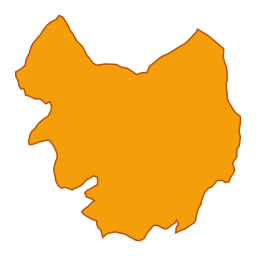 the district of Icém, São Paulo, Brazil
{"feature_id": "56859067B31736587955122", "entity_name": "Icém", "entity_type": "district", "adm_level": 2, "iso_a3": "BRA", "parent_name": "Brazil", "parent_adm1": "São Paulo", "projection": "albers", "projection_center": [-49.2, -20.366], "detail": "fine", "context": "isolated", "style": "filled", "palette": "amber", "viewbox_px": 256, "rotation_deg": 0, "n_neighbors": 0, "source": "geoboundaries", "source_scale": "gbopen_adm2", "svg_char_len": 2343}
<svg xmlns="http://www.w3.org/2000/svg" viewBox="0 0 256 256"><path d="M62.9,17.2L59.1,15.4L56.1,19.4L50.6,22.3L47.0,25.2L43.8,29.5L40.4,34.6L37.7,37.7L35.5,40.4L33.3,42.9L30.9,47.2L29.4,53.0L27.7,56.1L26.1,59.7L25.0,65.7L20.4,69.3L15.6,72.0L15.9,76.8L18.4,81.3L18.9,85.5L20.8,88.9L23.6,88.5L25.0,92.3L25.6,95.2L28.7,95.9L32.0,97.3L35.3,99.0L38.9,98.6L42.7,100.7L45.7,103.8L49.7,101.9L51.7,106.1L50.9,110.6L48.1,116.0L43.7,119.0L40.0,122.1L36.9,125.5L35.1,128.4L31.7,131.5L30.0,134.7L29.3,138.1L28.5,141.5L29.5,144.8L33.1,144.2L39.1,142.0L45.2,140.6L48.8,139.9L51.8,143.5L54.2,146.9L55.5,149.8L56.9,153.2L57.3,157.2L55.8,161.1L54.6,165.3L53.7,169.7L55.1,176.1L55.9,181.1L57.9,185.2L61.4,188.1L65.0,187.3L68.3,188.4L72.0,189.9L74.8,188.3L78.0,187.1L81.0,185.6L83.7,182.9L86.3,180.1L90.4,177.7L93.6,175.8L97.4,177.2L97.6,181.1L97.5,184.7L94.3,186.4L90.7,188.6L87.4,190.3L84.8,192.8L86.5,197.0L91.2,198.6L94.5,200.9L91.2,203.1L88.6,206.0L84.5,209.0L81.6,211.6L84.0,214.5L87.0,216.4L90.4,218.5L93.6,219.8L96.6,220.9L96.9,224.6L98.3,228.0L100.8,230.1L101.7,233.1L102.7,237.4L107.1,233.7L112.1,232.3L115.8,231.9L118.9,232.9L122.5,233.4L125.9,234.5L130.0,237.0L136.3,240.4L140.1,240.6L144.5,238.1L146.7,233.6L149.8,229.7L153.8,225.3L157.7,225.5L162.7,228.0L166.0,229.0L169.4,227.1L172.2,224.7L174.7,223.2L176.3,220.2L178.6,223.7L176.2,227.9L175.7,232.9L181.5,230.1L185.1,229.0L189.3,225.8L193.6,223.2L195.6,220.5L196.1,216.4L197.3,212.0L198.8,207.7L200.8,204.5L201.8,200.1L203.1,196.2L204.7,192.5L208.1,188.3L211.4,187.1L213.6,184.8L217.0,180.7L222.5,180.3L225.2,182.5L229.0,181.6L230.6,177.3L232.9,174.0L234.7,170.3L232.6,162.8L234.7,159.8L236.7,157.2L236.8,154.2L236.9,149.3L239.3,145.6L240.4,136.9L239.0,131.3L240.4,122.7L240.4,116.4L235.3,112.6L232.7,108.7L229.2,102.9L227.2,98.2L227.1,92.9L226.4,88.5L226.1,83.3L227.2,80.1L227.1,74.2L226.8,70.0L226.2,66.3L224.5,62.1L223.1,56.6L223.6,52.5L223.6,48.5L220.3,46.0L217.7,43.6L214.6,41.0L210.9,37.8L207.2,35.1L197.6,29.2L196.0,32.3L188.9,39.9L184.8,43.7L180.8,45.9L168.1,53.8L163.5,55.6L160.5,57.5L149.5,66.3L147.0,72.5L142.1,72.8L139.4,73.5L136.8,74.7L132.7,71.8L127.4,68.4L121.6,67.2L116.8,64.6L112.4,64.2L108.0,64.1L104.2,64.0L99.3,65.0L96.3,65.1L93.1,63.1L86.1,54.0L84.4,50.4L82.3,46.4L77.0,41.2L73.4,34.9L69.9,29.9L68.4,26.2L62.9,17.2Z" fill="#f59e0b" stroke="#b45309" stroke-width="1.5"/></svg>